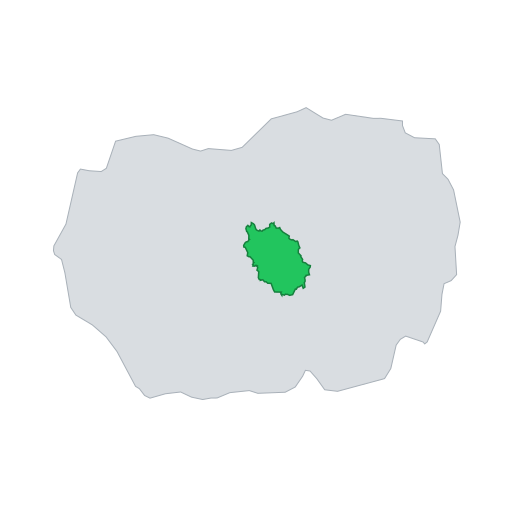 location of Chashka, Čaška, North Macedonia, rotated 190°
{"feature_id": "65306769B55292490733903", "entity_name": "Chashka", "entity_type": "district", "adm_level": 2, "iso_a3": "MKD", "parent_name": "North Macedonia", "parent_adm1": "Čaška", "projection": "albers", "projection_center": [21.618, 41.602], "detail": "fine", "context": "in_parent", "style": "filled", "palette": "green", "viewbox_px": 512, "rotation_deg": 190, "n_neighbors": 0, "source": "geoboundaries", "source_scale": "gbopen_adm2", "svg_char_len": 2733}
<svg xmlns="http://www.w3.org/2000/svg" viewBox="0 0 512 512"><g transform="rotate(190 256 256)"><path d="M230.5,121.1L239.2,122.3L258.0,116.9L269.7,109.4L275.7,108.3L283.6,105.4L295.0,105.8L306.6,109.0L321.3,104.6L335.7,97.6L341.5,99.3L347.8,105.1L352.0,106.7L376.3,137.8L389.6,150.3L405.2,159.7L423.1,166.5L429.5,173.2L441.3,206.3L446.9,218.8L454.5,222.5L456.4,226.1L456.8,230.9L448.7,254.4L446.1,306.9L444.0,311.1L435.0,311.0L423.1,312.3L418.6,316.4L414.2,344.7L395.1,353.0L377.8,357.7L363.1,356.8L337.2,350.3L328.8,349.7L321.6,353.5L298.6,355.7L288.5,360.6L264.8,393.7L240.7,405.1L232.4,410.8L214.0,403.5L205.2,402.8L192.4,411.1L164.4,411.9L156.8,413.3L135.2,414.4L134.4,409.9L130.4,403.2L120.4,400.0L99.8,402.5L94.9,397.6L86.7,369.5L80.2,364.9L72.9,355.4L60.8,324.8L60.7,311.5L61.7,299.9L55.2,272.5L59.5,265.7L66.0,261.4L66.2,250.4L64.6,233.7L72.5,201.1L74.6,198.7L76.5,200.3L94.7,203.1L99.4,199.0L102.5,192.6L103.7,168.6L108.1,157.6L152.2,136.9L165.1,136.2L175.0,145.9L182.8,152.1L187.5,152.0L189.2,145.7L194.6,133.8L203.6,126.9L230.3,121.1L230.5,121.1Z" fill="#d9dde1" stroke="#a8b0b8" stroke-width="1"/><path d="M233.0,225.8L231.4,223.8L224.9,224.8L225.2,224.0L224.7,222.7L223.8,221.8L223.9,222.7L221.2,222.4L220.4,223.5L219.6,223.5L218.2,223.7L216.1,223.1L213.2,224.3L211.5,230.3L210.5,230.3L209.7,232.5L208.2,233.1L205.6,235.4L203.9,232.4L202.4,233.9L203.8,238.2L203.3,239.3L203.5,240.9L204.5,243.3L203.3,244.9L203.4,245.6L200.1,246.8L201.3,249.1L201.8,252.0L200.7,254.5L200.8,256.0L203.3,256.2L206.0,257.8L208.8,258.0L209.6,259.2L209.5,260.7L211.8,263.2L211.7,264.0L214.9,266.4L215.4,269.5L215.0,270.8L214.2,271.6L215.7,273.8L217.2,277.2L218.1,277.9L219.4,277.1L222.5,278.5L223.3,278.0L225.5,278.4L226.7,279.2L226.7,281.4L233.8,284.3L236.6,286.5L237.6,288.1L238.8,287.3L241.0,287.0L242.2,288.9L243.4,289.1L244.1,291.8L244.7,290.9L246.5,291.2L248.0,289.5L247.5,286.9L248.8,285.7L251.0,284.9L251.9,283.5L253.6,282.7L254.3,281.5L255.4,281.5L256.7,282.3L257.4,281.0L260.0,281.7L261.0,282.8L262.9,286.4L264.1,287.3L266.4,288.1L266.1,285.7L267.0,284.4L267.0,283.7L267.9,283.6L269.3,284.7L269.5,284.3L270.5,283.3L270.7,281.1L270.0,279.8L269.5,278.6L268.9,278.4L266.6,275.1L266.1,271.6L265.4,271.3L265.9,270.9L265.8,270.5L266.7,268.7L268.1,268.2L269.0,267.1L270.0,264.3L269.5,262.7L268.1,262.7L264.7,257.9L264.7,254.7L262.7,254.0L261.8,254.3L257.9,251.3L257.7,249.6L257.0,249.2L257.5,248.9L257.4,247.4L257.7,247.2L257.2,246.9L257.4,245.6L255.8,245.7L255.0,246.6L254.3,246.2L253.7,246.9L252.8,246.5L253.0,245.8L252.3,245.0L252.6,242.2L250.6,241.1L249.9,235.0L248.8,233.5L247.4,233.5L247.4,232.8L245.2,233.8L243.1,232.1L241.5,232.4L239.7,231.2L236.4,231.7L233.0,225.8Z" fill="#22c55e" stroke="#15803d" stroke-width="1.5"/></g></svg>